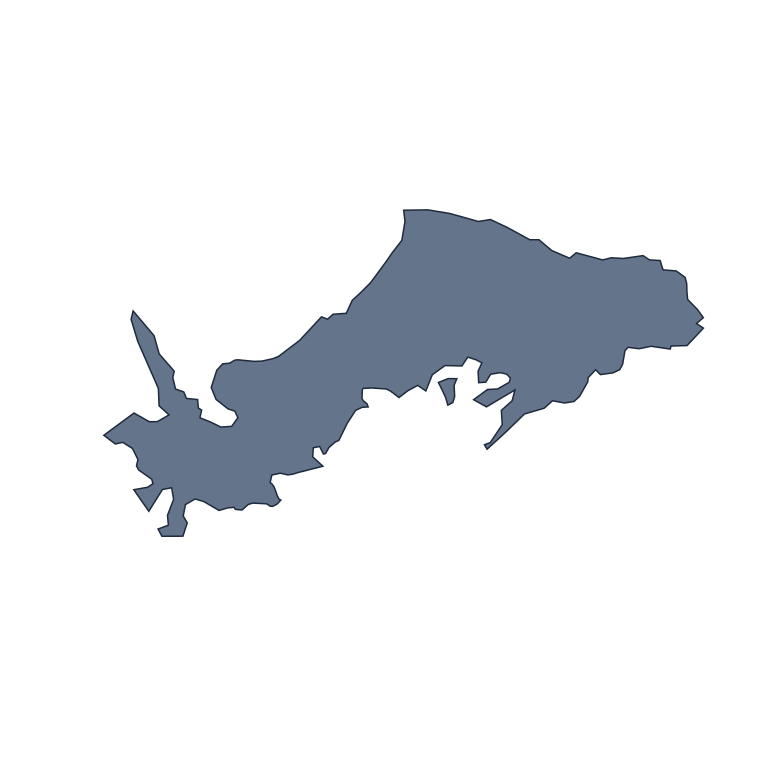 outline of Plaquemines, Louisiana, United States of America, rotated 118°
{"feature_id": "52423323B22525297064489", "entity_name": "Plaquemines", "entity_type": "district", "adm_level": 2, "iso_a3": "USA", "parent_name": "United States of America", "parent_adm1": "Louisiana", "projection": "robinson", "projection_center": [-89.516, 29.417], "detail": "fine", "context": "isolated", "style": "filled", "palette": "slate", "viewbox_px": 768, "rotation_deg": 118, "n_neighbors": 0, "source": "geoboundaries", "source_scale": "gbopen_adm2", "svg_char_len": 2656}
<svg xmlns="http://www.w3.org/2000/svg" viewBox="0 0 768 768"><g transform="rotate(118 384 384)"><path d="M218.8,147.7L215.7,148.3L207.8,134.5L184.7,128.2L183.9,136.4L175.5,133.2L171.1,142.1L166.8,155.6L160.7,159.6L153.2,163.9L148.5,168.2L147.0,179.1L152.2,191.2L149.0,194.5L145.3,198.1L149.8,207.9L149.0,215.5L160.8,231.6L165.8,242.5L171.8,249.2L177.9,275.9L185.8,279.1L187.4,298.6L183.9,315.0L188.2,323.0L187.9,348.2L188.8,367.2L196.2,377.0L202.6,406.1L209.6,426.9L221.3,448.2L230.6,441.8L248.8,435.7L264.0,438.3L275.8,439.7L300.7,443.4L313.6,447.3L325.0,451.3L339.3,450.5L346.3,461.7L353.3,464.3L354.0,470.7L385.2,479.0L409.2,490.1L413.9,494.1L421.2,502.7L425.0,509.3L431.4,524.8L433.2,527.1L438.2,530.2L441.9,535.9L450.4,538.1L468.2,534.9L476.5,525.0L479.2,510.0L478.0,503.0L482.4,497.2L492.9,498.6L498.6,507.8L499.0,519.1L500.2,530.7L492.6,532.8L492.4,536.6L485.2,541.3L489.5,551.6L485.0,557.1L486.3,565.7L477.5,573.5L471.2,575.2L463.0,596.6L449.3,609.7L437.3,639.8L442.8,638.4L445.7,637.6L462.0,621.4L493.8,581.2L508.9,572.3L512.2,559.3L523.7,566.5L527.5,573.7L527.0,591.1L560.8,607.3L563.1,593.0L558.2,587.4L559.0,575.8L566.2,565.8L572.5,564.1L575.1,560.3L577.1,544.4L580.5,541.2L586.2,544.3L594.8,555.3L606.8,531.9L581.2,530.1L575.3,522.8L584.6,515.6L601.6,513.5L609.9,508.1L618.1,515.4L622.7,508.6L612.8,490.1L599.0,492.5L594.8,499.3L583.7,502.7L574.2,496.8L572.4,487.8L573.1,470.3L566.6,463.6L563.3,458.5L564.5,456.4L561.9,450.2L554.1,447.3L550.8,444.0L544.9,431.4L545.3,427.1L544.3,424.8L540.0,421.9L534.9,420.6L535.0,422.3L533.1,425.3L526.4,432.8L524.8,436.1L524.4,438.3L517.0,440.3L511.4,433.6L509.4,426.2L506.1,421.8L502.9,418.7L485.3,399.4L481.8,412.7L473.5,416.5L469.4,411.5L474.3,404.5L472.7,402.9L465.9,402.8L458.1,399.8L455.0,397.4L436.1,398.0L420.6,396.7L414.8,392.3L411.7,387.2L409.4,389.8L408.5,394.4L407.2,396.6L399.3,400.4L397.7,400.4L393.3,393.0L387.3,379.6L387.2,375.0L388.9,364.4L378.8,359.8L369.4,353.6L370.5,343.8L353.2,345.7L339.1,338.8L331.5,323.7L320.9,322.6L319.4,313.9L319.4,307.5L328.6,306.9L338.4,301.0L334.6,295.0L325.3,294.4L319.4,286.7L317.7,280.3L319.4,275.2L323.7,274.2L335.1,281.4L340.2,290.0L355.8,297.5L356.1,282.8L327.8,265.6L338.6,263.0L352.2,268.0L364.4,260.5L385.9,262.7L390.5,266.8L393.2,262.4L369.9,254.1L344.5,245.9L330.2,231.2L319.7,227.3L316.0,215.6L310.3,208.1L303.1,205.5L286.7,205.1L282.4,206.7L272.1,203.8L274.1,197.3L266.7,187.1L260.7,182.6L254.4,182.6L241.4,186.9L237.0,185.7L233.1,175.3L225.3,165.9L218.8,147.7ZM345.1,322.2L349.1,329.9L357.1,336.7L361.3,330.8L366.6,323.7L372.7,317.7L368.0,314.5L361.9,315.7L352.2,321.5L345.1,322.2Z" fill="#64748b" stroke="#1e293b" stroke-width="1.5"/></g></svg>